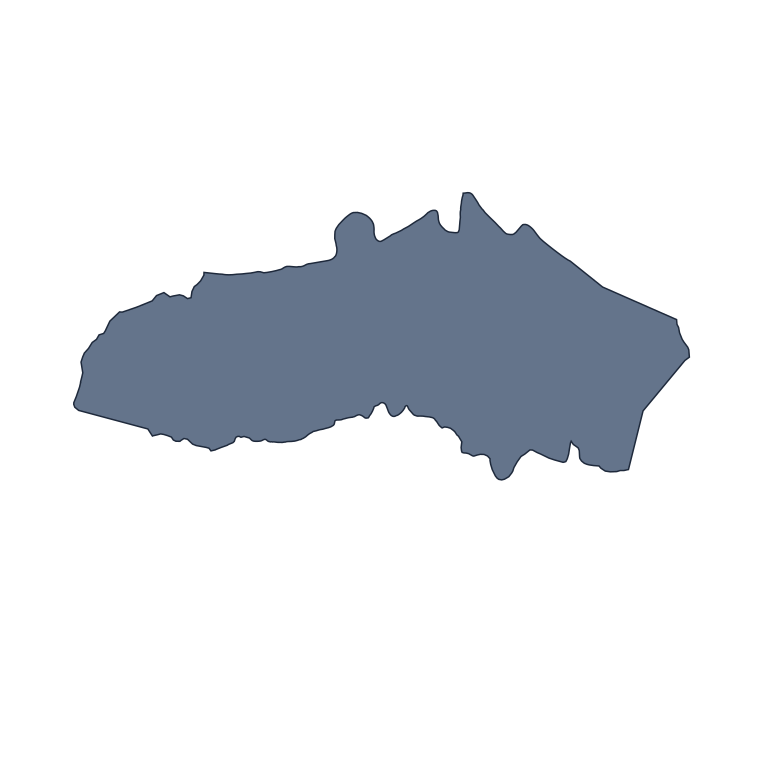 outline of Vige', Vieux Fort, Saint Lucia, rotated 338°
{"feature_id": "8701671B43089055128677", "entity_name": "Vige'", "entity_type": "district", "adm_level": 2, "iso_a3": "LCA", "parent_name": "Saint Lucia", "parent_adm1": "Vieux Fort", "projection": "albers", "projection_center": [-60.936, 13.786], "detail": "fine", "context": "isolated", "style": "filled", "palette": "slate", "viewbox_px": 768, "rotation_deg": 338, "n_neighbors": 0, "source": "geoboundaries", "source_scale": "gbopen_adm2", "svg_char_len": 6166}
<svg xmlns="http://www.w3.org/2000/svg" viewBox="0 0 768 768"><g transform="rotate(338 384 384)"><path d="M572.3,288.3L571.6,288.6L570.9,288.8L563.2,292.8L560.4,293.6L559.1,293.5L556.9,292.6L555.1,291.6L554.1,290.9L553.3,290.0L551.9,287.1L550.4,282.9L549.5,281.0L547.5,275.9L544.4,268.9L541.9,263.0L541.1,259.9L540.4,258.3L539.5,254.9L539.1,253.3L538.9,251.2L538.4,248.4L537.1,242.2L536.7,241.0L536.0,239.9L535.2,239.0L534.4,238.5L533.2,237.9L530.3,237.2L528.9,236.7L527.9,238.6L526.5,240.3L524.4,243.5L523.5,245.3L521.8,248.1L520.9,249.8L520.5,251.0L519.2,253.0L518.3,255.1L517.2,258.2L515.4,261.5L511.5,269.2L510.0,270.8L509.5,271.0L508.8,271.1L507.2,270.6L506.3,270.2L501.6,267.7L500.3,266.7L498.4,264.3L497.9,263.0L496.7,260.3L495.9,257.8L495.6,255.8L495.7,254.1L496.0,252.0L497.2,248.4L497.9,244.8L497.5,243.2L496.7,242.3L495.7,241.8L494.6,241.4L493.6,241.2L492.0,241.1L488.8,241.6L487.2,242.3L484.0,243.5L480.4,244.4L478.0,244.8L475.3,245.1L473.7,245.4L470.7,246.0L467.9,246.6L465.3,247.1L460.3,247.6L457.6,248.1L451.3,248.5L449.4,248.4L446.8,248.5L445.4,249.0L437.9,250.3L435.0,250.6L434.2,250.5L432.8,249.8L431.9,248.7L431.1,247.2L430.8,245.9L430.8,243.0L431.0,241.8L431.4,240.1L431.8,239.0L432.8,236.7L433.3,235.2L433.8,233.3L434.1,231.8L434.0,229.2L433.8,228.0L433.4,226.6L432.8,224.9L432.0,223.3L430.8,221.1L428.1,218.3L427.2,217.4L423.7,215.0L419.9,213.6L418.5,213.5L417.2,213.6L415.6,213.9L412.1,214.9L410.0,215.6L407.2,216.8L403.1,218.7L401.8,219.3L400.3,220.3L398.2,221.7L397.2,222.6L395.8,224.1L394.3,227.2L392.8,230.8L392.6,232.3L392.1,235.8L391.6,237.8L391.3,239.8L390.8,241.5L390.0,243.3L388.9,245.1L388.0,246.2L387.1,247.1L386.1,247.5L384.8,248.2L383.4,248.6L382.1,248.8L380.8,248.8L379.2,248.7L377.1,248.3L372.1,247.2L361.0,244.8L359.2,244.3L357.4,244.1L356.0,244.2L354.2,244.4L353.0,244.4L351.5,244.2L350.6,244.0L348.6,243.2L347.2,242.9L345.6,242.2L340.5,239.6L338.0,238.6L336.9,238.5L335.6,238.5L334.2,238.7L332.8,239.0L331.6,239.1L329.3,238.8L326.6,238.5L321.8,237.7L317.2,236.7L315.5,236.2L314.3,235.9L311.3,233.6L309.6,232.8L308.8,232.5L305.9,232.0L302.0,231.2L297.7,229.9L293.7,228.8L288.7,227.1L284.5,225.9L280.9,224.6L278.7,223.6L277.3,222.9L274.8,221.4L273.0,220.6L269.9,219.0L261.3,214.4L258.9,213.1L257.8,215.6L252.6,219.7L247.8,221.8L244.6,222.6L240.6,226.3L237.4,231.7L233.8,231.2L231.0,227.1L227.8,224.7L221.4,223.4L218.2,223.0L214.2,216.8L206.2,216.8L200.2,220.1L183.0,220.1L168.2,219.3L165.8,218.1L153.4,223.0L145.4,230.4L143.0,232.1L138.2,231.7L134.2,234.9L129.0,236.2L123.4,240.3L117.5,243.2L117.4,243.5L114.9,245.9L111.3,250.2L108.9,260.8L106.6,264.1L103.3,268.6L103.4,268.8L100.5,272.9L94.0,280.4L89.4,285.1L88.7,286.7L88.6,289.7L91.0,294.1L148.2,337.2L149.8,345.5L150.6,345.5L154.9,346.2L158.2,346.6L160.8,348.2L163.9,350.7L167.0,353.6L167.7,357.0L169.6,359.1L173.3,360.7L174.8,360.2L178.1,359.6L181.1,361.6L184.0,368.0L186.8,370.7L195.4,376.2L197.7,378.0L198.5,381.2L202.9,381.9L203.1,381.8L208.8,381.8L215.8,382.1L217.2,381.8L221.9,381.8L223.7,381.1L225.5,379.0L226.9,377.9L228.7,377.8L230.1,378.3L231.4,379.8L234.6,380.2L239.0,383.7L240.2,386.4L240.7,387.2L241.7,388.1L242.4,388.5L243.4,389.0L246.2,390.1L248.1,390.6L249.3,390.7L250.4,390.6L251.5,390.5L252.7,390.6L253.6,391.1L254.2,392.0L254.7,393.1L255.3,393.9L256.4,394.7L257.1,395.2L258.3,395.5L258.9,396.0L260.0,396.3L263.4,398.2L266.9,399.7L267.8,400.1L269.7,400.5L270.9,400.9L272.2,401.0L274.0,401.6L276.4,402.5L279.9,403.5L282.1,403.8L283.1,403.9L284.4,403.9L285.5,404.2L286.4,404.3L287.5,404.1L288.8,404.1L291.6,403.6L294.5,402.6L295.2,402.5L296.0,402.2L297.4,402.0L298.8,401.9L300.6,401.5L303.7,402.0L306.2,402.2L307.7,402.4L310.4,403.0L313.4,403.3L316.2,403.7L318.7,403.8L321.2,403.4L321.7,403.3L322.9,402.5L324.7,399.8L325.5,399.6L326.4,399.6L329.4,400.7L330.8,401.1L331.9,401.2L333.3,401.2L334.9,401.5L336.2,401.6L338.7,402.0L339.9,402.3L341.1,402.6L342.1,402.9L344.6,403.2L345.8,403.0L347.6,402.9L348.7,403.0L349.9,403.4L350.7,404.1L351.4,404.8L352.1,405.6L352.6,406.4L353.1,407.3L353.7,408.3L354.5,408.9L356.6,409.5L357.1,409.3L357.8,408.8L358.6,408.1L360.9,406.7L362.1,405.7L363.2,404.8L365.3,402.7L365.9,401.8L366.2,401.5L368.0,401.1L369.4,401.3L371.1,401.2L373.2,400.4L374.4,400.3L375.2,400.5L376.5,401.3L376.8,401.7L377.5,402.8L377.7,403.3L377.9,404.2L377.9,406.0L377.9,407.2L377.8,410.9L377.8,411.9L378.0,413.2L378.4,414.7L378.8,415.7L379.3,416.4L379.8,417.0L380.5,417.5L381.4,417.9L382.4,418.0L383.3,417.9L383.7,417.9L384.4,418.0L385.2,418.0L386.7,417.7L389.5,416.8L391.8,415.6L394.0,414.1L394.4,413.7L395.1,412.8L396.1,412.5L396.9,412.5L397.4,413.0L397.5,413.6L397.5,415.7L397.7,417.1L399.8,423.2L400.5,424.3L401.4,425.0L402.1,425.7L403.0,426.3L406.1,427.5L408.3,428.5L410.1,429.6L413.7,431.5L416.3,433.3L416.9,433.9L417.7,435.1L418.0,436.0L418.0,436.5L418.8,438.7L419.0,439.8L419.6,442.9L420.4,444.7L421.4,446.5L424.1,446.5L426.7,448.0L429.1,450.0L431.1,453.3L431.9,455.2L432.5,458.5L433.5,460.3L434.5,466.7L431.7,471.8L430.8,475.2L430.8,476.7L432.2,477.8L434.3,478.8L436.4,480.3L439.2,483.8L440.3,484.5L444.1,484.8L447.0,485.3L450.4,486.8L453.0,489.5L454.3,493.0L453.6,494.7L452.8,498.5L452.3,504.0L452.8,510.9L453.6,513.7L454.7,515.4L457.2,517.0L460.1,517.4L465.0,516.7L469.0,514.4L470.9,512.9L473.1,510.2L478.4,506.0L483.9,502.5L488.4,501.7L491.0,500.9L494.6,499.8L497.0,500.9L500.3,504.9L502.9,507.5L509.2,514.5L513.9,518.5L520.7,523.7L522.3,524.0L523.6,524.0L525.9,522.0L528.9,518.2L532.2,512.7L534.8,508.5L536.1,507.2L536.9,511.0L538.5,513.4L540.1,516.0L540.1,518.9L538.0,525.0L537.7,526.5L538.3,529.4L540.0,532.5L542.1,534.5L544.0,535.9L547.9,538.2L552.6,540.5L553.6,543.4L556.5,547.6L560.9,550.2L567.0,552.4L570.6,552.7L574.0,554.1L578.3,554.8L578.6,554.9L614.1,506.0L671.8,474.9L677.2,473.5L679.4,466.5L679.4,463.7L677.8,457.6L677.2,454.3L677.2,449.2L677.2,447.3L678.3,442.0L678.0,438.4L679.4,433.9L623.0,376.0L602.7,339.8L601.2,338.1L598.8,334.7L596.8,331.6L595.4,329.3L593.2,325.7L590.4,320.9L587.9,316.5L585.2,311.6L583.3,307.7L582.9,306.6L581.7,302.5L581.4,301.3L580.4,297.5L579.9,296.1L579.2,294.5L578.2,292.6L577.2,291.1L576.2,290.0L575.0,289.1L573.5,288.5L572.3,288.3Z" fill="#64748b" stroke="#1e293b" stroke-width="1.5"/></g></svg>